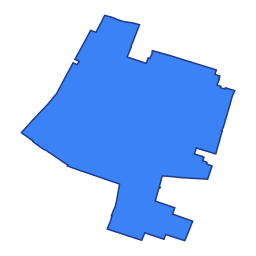 Padina, Buzau, Romania (Natural Earth projection)
{"feature_id": "2599482B78773943722389", "entity_name": "Padina", "entity_type": "district", "adm_level": 2, "iso_a3": "ROU", "parent_name": "Romania", "parent_adm1": "Buzau", "projection": "natural_earth1", "projection_center": [27.115, 44.828], "detail": "fine", "context": "isolated", "style": "filled", "palette": "blue", "viewbox_px": 256, "rotation_deg": 0, "n_neighbors": 0, "source": "geoboundaries", "source_scale": "gbopen_adm2", "svg_char_len": 5312}
<svg xmlns="http://www.w3.org/2000/svg" viewBox="0 0 256 256"><path d="M184.9,240.6L188.0,232.9L190.8,226.1L190.7,226.0L192.7,221.2L172.6,214.1L174.8,207.8L162.9,203.7L155.2,201.1L155.9,198.7L157.3,193.7L159.0,187.9L159.9,188.1L160.2,187.1L159.4,186.3L159.5,186.0L159.5,185.8L159.6,185.5L161.1,180.0L162.3,175.9L163.6,176.0L165.3,176.1L166.8,176.2L168.2,176.3L170.2,176.5L171.2,176.6L171.3,176.5L172.0,176.6L174.5,176.9L175.3,177.0L177.6,177.2L179.0,177.4L181.6,177.7L182.4,177.8L183.0,177.7L189.2,178.1L195.8,178.5L207.6,179.2L208.0,177.9L208.9,175.5L211.4,167.9L212.1,166.1L210.0,165.2L208.3,164.6L206.6,163.8L206.9,162.9L207.0,162.3L202.7,160.7L204.0,157.4L202.8,157.1L202.8,156.5L194.2,153.9L195.2,151.6L196.2,148.0L204.7,150.6L204.9,150.6L215.7,153.9L216.0,153.3L216.3,151.9L217.3,148.3L218.0,145.9L218.5,144.3L219.0,142.4L219.7,140.1L219.9,138.9L222.2,131.0L221.7,130.9L223.4,126.9L224.1,124.4L224.4,123.8L224.8,122.4L225.1,121.0L228.4,110.0L229.9,104.6L230.1,104.4L230.1,104.2L230.4,102.8L230.9,101.2L232.0,97.1L233.6,93.2L234.7,90.6L231.1,89.6L228.1,88.6L225.7,87.8L225.3,87.8L224.9,89.1L220.3,87.6L220.8,86.3L217.0,85.1L217.6,83.4L218.1,82.2L218.3,81.6L218.4,81.3L218.8,80.5L219.2,79.4L218.7,79.3L218.8,79.0L218.9,78.8L219.2,78.0L219.4,77.5L219.5,77.5L219.6,77.2L219.9,76.1L219.6,76.0L214.8,74.3L215.0,73.8L215.3,73.1L215.3,72.9L215.8,71.6L216.2,70.4L216.3,69.9L216.2,69.9L215.6,69.7L213.9,69.2L211.7,68.4L211.4,68.3L209.4,67.8L208.8,67.6L202.1,65.5L201.0,65.2L199.4,64.7L197.5,64.1L192.9,62.7L191.3,62.1L187.8,61.1L177.1,57.8L168.6,55.1L168.1,55.1L164.0,53.9L152.4,50.6L152.3,51.2L152.0,52.2L152.2,52.7L152.1,53.3L151.8,54.2L151.6,54.7L151.2,55.3L150.0,58.4L148.2,57.9L146.2,63.4L143.1,62.3L142.6,62.2L142.0,62.0L141.0,61.6L140.3,61.4L139.2,61.0L138.6,60.8L138.0,60.6L137.7,60.5L137.4,60.4L137.2,60.3L137.0,60.2L136.1,60.0L135.0,59.6L128.0,57.3L127.1,57.0L127.3,56.5L128.0,54.9L128.2,54.5L128.5,53.8L129.0,52.4L129.2,52.1L129.5,51.3L129.7,50.7L130.1,49.8L130.2,49.4L130.8,48.0L131.1,47.5L131.3,46.6L131.3,46.4L131.1,46.2L131.3,45.6L131.4,45.3L131.6,44.8L132.0,44.0L132.2,43.6L132.3,43.2L132.7,42.2L132.8,41.8L133.0,41.6L133.3,40.9L134.1,38.6L134.5,37.6L135.1,35.9L135.5,34.9L136.2,33.3L139.5,24.7L138.1,24.3L137.4,24.1L137.0,24.1L136.9,24.0L136.6,24.0L136.4,23.9L136.2,23.8L135.7,23.7L135.2,23.5L134.6,23.4L133.9,23.2L133.1,23.0L132.2,22.9L131.8,22.8L131.5,22.7L131.0,22.7L130.5,22.6L130.2,22.6L129.7,22.5L129.1,22.4L128.7,22.3L127.9,22.2L127.7,22.1L126.9,22.0L126.7,21.9L126.4,22.0L126.2,22.0L126.0,21.9L125.4,21.9L124.2,21.6L123.9,21.6L123.3,21.4L122.9,21.3L121.9,21.0L120.5,20.6L120.2,20.5L120.1,20.4L119.0,20.1L118.2,19.8L117.9,19.7L117.6,19.6L117.2,19.4L116.4,19.1L115.6,18.8L115.4,18.7L115.1,18.6L114.8,18.4L114.7,18.3L114.4,18.2L114.2,18.2L113.8,18.0L113.7,17.9L113.3,17.8L113.2,17.8L113.0,17.7L112.8,17.6L112.3,17.5L112.0,17.4L111.9,17.3L111.7,17.2L111.2,17.0L110.9,17.0L110.7,16.9L110.4,16.9L110.2,16.8L110.0,16.7L109.5,16.6L108.7,16.4L106.0,15.7L104.7,15.4L102.1,20.5L99.0,26.6L95.9,32.3L93.5,31.4L90.6,30.4L87.9,35.6L82.4,45.7L81.9,46.7L77.9,53.9L74.9,59.4L79.1,61.4L77.8,63.5L77.2,64.7L74.1,63.3L73.1,62.8L72.6,63.7L72.2,64.5L71.8,65.2L71.5,65.8L71.1,66.6L70.8,67.2L69.9,68.7L68.4,71.5L64.3,79.1L62.0,83.5L61.6,84.3L58.7,89.7L56.8,93.2L56.1,94.4L55.7,94.7L54.4,96.2L54.0,96.6L52.8,98.2L47.4,104.7L47.2,104.9L46.8,105.3L46.5,105.7L46.2,106.0L45.8,106.4L45.4,106.8L44.7,107.5L44.2,108.1L43.6,108.7L43.6,108.9L43.4,109.0L43.2,109.1L43.0,109.3L42.5,109.8L42.0,110.3L40.8,111.6L40.1,112.3L39.9,112.4L39.2,113.1L38.6,113.8L38.4,114.1L37.7,114.9L36.2,116.5L34.9,117.8L34.0,118.8L32.6,120.2L31.3,121.7L29.2,124.0L29.0,124.3L28.6,124.8L27.2,126.2L26.6,126.9L25.9,127.6L25.5,128.1L24.8,128.9L23.5,130.2L21.5,132.4L21.4,132.5L22.4,133.5L25.4,135.6L25.8,135.8L26.2,136.1L30.0,138.8L31.0,139.5L32.7,140.7L33.1,141.0L32.8,141.4L32.8,141.5L34.4,142.8L36.1,144.0L37.7,145.2L37.8,145.2L38.5,145.7L39.0,146.1L39.7,146.7L44.4,149.8L44.6,149.9L44.8,149.9L45.1,149.8L45.4,149.9L46.9,150.9L48.0,151.8L49.6,152.8L49.8,152.8L55.7,156.9L55.8,157.0L56.5,157.5L56.8,157.6L58.5,158.8L60.7,160.3L62.8,161.8L63.3,162.1L68.0,165.2L67.4,166.0L68.8,166.5L71.2,167.4L72.7,167.9L73.2,168.1L75.4,168.9L78.6,170.0L82.3,171.3L94.4,175.4L99.6,177.2L110.3,180.9L114.8,182.4L119.6,184.1L119.5,184.5L119.3,185.8L118.7,188.9L118.3,190.6L118.1,191.6L117.9,192.8L117.8,193.7L117.7,194.2L117.1,198.1L116.8,199.7L116.7,200.4L116.6,201.0L116.3,201.9L116.3,202.3L116.2,202.6L115.9,203.4L115.8,203.8L115.7,204.3L115.7,204.7L115.6,204.9L115.6,205.3L115.5,205.6L115.3,206.1L115.3,206.3L115.1,206.6L115.1,206.8L114.9,207.2L114.6,207.7L114.5,208.1L114.4,208.3L114.3,208.5L113.6,210.0L113.5,210.3L113.2,211.1L111.4,215.7L112.0,215.9L111.6,217.1L111.6,217.3L111.4,217.7L111.4,217.9L111.3,218.2L111.0,219.3L110.4,221.1L110.2,221.9L109.9,222.6L109.6,223.3L109.0,224.5L107.9,227.1L107.4,228.4L107.2,229.0L113.5,231.1L116.6,232.1L117.6,232.4L118.5,232.7L119.7,233.1L120.8,233.4L126.7,235.4L127.6,235.7L132.9,237.4L134.6,238.0L138.3,239.2L139.8,239.7L140.2,239.8L141.1,240.1L141.4,240.2L141.5,240.2L141.7,240.3L144.8,232.8L153.4,235.7L162.6,238.8L164.0,239.2L164.8,236.9L165.7,234.6L166.5,234.8L166.8,234.9L168.3,235.4L174.0,237.2L174.4,237.4L176.4,238.0L182.0,239.8L184.8,240.6L184.9,240.6Z" fill="#3b82f6" stroke="#1e3a8a" stroke-width="1.5"/></svg>